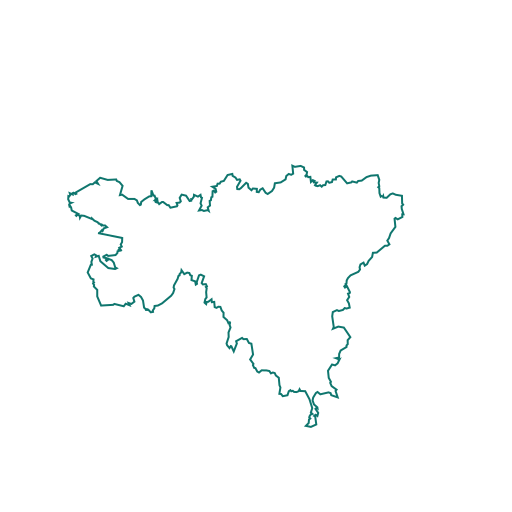 Ayutla, Jalisco, Mexico, rotated 230°
{"feature_id": "50627088B89309847194921", "entity_name": "Ayutla", "entity_type": "district", "adm_level": 2, "iso_a3": "MEX", "parent_name": "Mexico", "parent_adm1": "Jalisco", "projection": "mercator", "projection_center": [-104.414, 20.041], "detail": "fine", "context": "isolated", "style": "outline", "palette": "teal", "viewbox_px": 512, "rotation_deg": 230, "n_neighbors": 0, "source": "geoboundaries", "source_scale": "gbopen_adm2", "svg_char_len": 6149}
<svg xmlns="http://www.w3.org/2000/svg" viewBox="0 0 512 512"><g transform="rotate(230 256 256)"><path d="M310.4,115.2L310.3,116.7L302.5,122.4L303.2,125.5L299.5,127.5L301.9,128.2L299.4,129.7L299.2,133.5L302.7,135.0L303.0,136.7L301.8,141.0L298.5,141.6L294.5,140.8L288.4,137.1L286.4,137.3L285.3,138.3L285.0,137.5L283.8,139.0L280.5,139.2L279.4,141.2L280.6,141.9L281.3,144.5L282.9,146.2L281.1,149.0L280.1,153.6L280.1,165.5L280.9,168.7L283.1,172.3L284.8,172.6L286.2,174.3L288.9,181.3L290.6,183.8L290.3,185.0L291.2,185.7L291.6,188.2L293.0,189.8L288.2,189.4L287.5,192.6L285.8,194.0L283.5,193.3L282.1,194.1L279.0,191.1L275.7,193.1L272.8,191.5L272.6,192.9L274.1,193.8L277.8,199.9L277.2,201.7L273.8,203.2L270.2,197.0L268.4,197.0L266.7,199.5L264.3,198.9L264.5,197.7L263.0,197.5L260.4,194.6L256.0,191.5L255.6,189.5L253.4,186.6L251.2,186.9L252.5,188.7L251.6,190.0L251.4,194.1L249.0,192.5L247.7,194.5L243.4,191.5L241.7,192.4L241.3,194.6L239.9,196.0L236.3,194.7L233.4,194.7L230.2,191.9L225.3,192.6L222.3,191.7L222.1,193.3L221.5,193.2L220.2,191.5L217.6,190.5L215.1,185.8L211.5,183.0L207.9,177.2L206.2,176.5L202.5,176.5L203.2,178.8L202.7,179.1L197.2,177.6L201.3,185.1L203.5,186.0L202.2,192.7L200.4,192.9L198.3,195.6L193.9,194.7L191.8,196.1L182.4,190.4L180.5,185.0L175.0,184.7L174.4,183.5L171.4,182.7L170.5,183.5L166.7,182.7L164.8,183.4L164.8,186.8L161.7,190.4L159.3,192.3L156.5,192.0L155.9,194.0L154.3,195.1L151.7,194.4L148.1,195.2L141.9,190.9L139.6,190.2L135.4,185.3L134.1,186.5L131.4,186.4L129.1,190.6L131.3,194.2L131.1,196.1L129.7,196.1L129.1,197.5L127.4,197.8L125.7,199.6L125.0,201.8L125.9,203.7L124.0,203.3L120.8,206.8L111.9,204.9L103.3,201.3L100.8,197.4L98.8,197.7L99.4,196.0L98.9,194.2L98.2,193.1L96.6,193.1L96.7,191.5L94.2,189.0L93.8,185.0L89.8,188.2L88.2,193.9L95.0,198.2L96.1,197.8L96.0,199.7L94.0,200.2L95.8,202.8L100.7,203.3L100.7,205.0L99.8,205.2L100.6,205.7L105.0,205.0L109.0,206.5L110.8,208.8L112.5,213.8L112.3,215.7L108.7,216.4L104.9,223.9L103.0,225.0L101.0,224.2L95.2,227.7L101.5,230.2L101.8,231.8L107.7,230.3L111.1,231.3L111.4,232.5L115.9,233.4L121.8,237.4L124.0,244.5L121.4,246.3L121.3,249.5L122.9,253.1L123.0,252.4L124.2,252.8L126.3,251.6L124.8,254.4L127.5,256.7L129.2,260.1L128.1,266.8L129.3,267.9L129.5,269.6L132.6,272.1L133.2,276.1L144.7,277.3L149.0,273.7L150.8,268.2L151.6,269.9L160.8,275.6L163.7,278.8L162.5,283.2L160.6,284.1L158.8,287.9L159.1,290.5L157.6,291.5L156.2,294.6L160.0,296.7L163.6,297.4L164.7,301.1L168.0,302.3L167.4,303.9L167.9,304.7L174.2,306.2L174.6,303.9L176.0,304.1L176.1,306.4L176.9,306.6L176.7,307.5L179.0,309.8L180.0,312.3L180.4,316.0L178.1,324.2L178.8,327.0L180.8,328.1L182.4,330.6L181.8,334.1L178.7,333.1L178.4,335.9L179.9,339.2L180.6,344.3L183.3,347.6L181.0,350.7L181.0,361.3L179.4,363.3L179.2,365.7L183.4,366.5L184.2,369.4L186.8,373.7L188.7,381.5L195.5,386.1L195.5,387.3L193.0,388.1L191.8,393.2L193.9,394.8L193.1,395.8L198.3,397.9L200.6,399.5L200.7,401.7L202.4,401.8L208.3,406.5L213.1,402.4L216.0,401.0L216.9,398.6L216.6,393.5L218.8,391.2L220.2,392.0L219.9,391.3L221.4,390.6L221.4,389.7L224.8,391.0L228.8,394.1L230.1,393.9L230.2,395.3L233.1,396.9L235.1,399.4L239.7,401.2L243.7,395.7L245.4,391.4L245.8,385.4L247.8,382.5L247.4,380.4L251.3,377.6L251.1,376.4L253.1,372.5L262.1,372.4L263.8,371.3L264.8,367.9L263.3,366.4L265.3,363.9L263.8,361.7L265.0,359.2L267.0,359.1L267.8,357.9L265.8,354.7L267.1,352.9L266.9,350.9L269.0,350.6L269.9,348.1L271.5,346.9L272.3,346.7L273.1,349.8L275.2,347.6L276.1,347.9L276.1,349.0L277.6,348.3L277.4,345.7L281.7,348.5L282.8,346.7L284.6,346.7L284.8,345.3L285.6,345.3L285.9,347.2L287.5,349.1L291.0,348.2L292.9,349.7L296.3,348.1L299.3,343.1L301.8,341.9L295.2,337.4L295.6,335.2L297.8,333.8L297.8,330.6L295.7,327.9L296.5,322.2L299.6,317.2L296.7,313.8L295.5,310.0L296.0,304.8L298.2,304.0L303.6,304.6L304.1,301.9L303.1,299.1L304.6,297.8L306.9,299.8L309.7,297.0L309.3,294.8L313.2,294.2L316.5,296.1L318.4,295.5L317.7,288.0L317.9,286.1L319.3,284.7L321.2,285.9L323.6,292.5L325.2,292.8L326.5,290.4L329.3,290.7L332.4,289.6L334.1,290.6L336.3,286.3L334.2,279.6L335.5,276.8L334.8,274.6L336.1,273.1L334.8,271.0L337.1,267.1L333.4,268.2L330.8,266.9L330.9,265.6L333.2,265.7L333.5,264.4L329.4,260.7L329.7,259.5L327.7,257.3L328.0,255.9L324.2,253.2L324.3,250.3L321.0,248.8L322.2,248.5L324.0,245.0L326.0,244.1L327.5,241.6L329.5,246.7L332.0,247.4L335.3,252.0L336.3,251.6L338.5,252.8L338.8,249.7L342.7,247.8L341.4,246.6L340.6,243.4L341.2,242.9L340.0,241.9L340.8,240.5L347.2,241.2L350.8,238.5L349.6,234.9L346.2,233.5L346.0,231.8L347.7,229.3L345.3,228.4L344.9,227.4L348.0,221.5L351.1,221.8L352.0,220.7L357.0,219.6L357.8,218.7L358.0,215.2L359.4,215.4L361.8,213.8L362.5,214.0L360.9,215.6L362.8,216.7L363.8,215.0L364.0,216.9L364.9,216.2L367.5,217.1L368.2,216.3L373.5,218.1L369.1,214.2L370.3,212.5L371.1,207.0L371.2,202.8L369.4,200.8L369.6,199.8L372.7,199.6L375.1,200.5L377.8,199.6L381.9,194.7L389.0,192.9L390.1,190.9L395.5,198.9L400.3,198.9L403.0,197.6L404.5,198.1L409.6,191.3L416.1,186.9L416.0,181.9L412.8,181.4L416.0,179.9L415.9,177.1L417.6,175.2L420.6,158.3L419.2,158.3L419.4,157.5L421.8,156.8L422.0,155.9L420.9,155.1L423.8,153.7L422.2,153.0L421.7,151.2L422.5,150.8L420.2,148.6L416.7,147.7L415.4,148.8L415.9,147.0L415.4,145.8L413.8,145.0L413.8,145.8L412.1,145.6L409.3,144.1L402.5,146.9L402.9,144.2L402.2,144.2L402.3,145.9L400.1,146.8L398.5,145.8L399.4,148.1L397.2,150.2L389.8,154.1L390.2,154.5L386.9,154.9L383.7,156.4L382.3,156.4L382.4,155.7L381.6,156.9L378.8,157.3L379.1,158.1L377.8,158.3L376.4,160.0L373.8,160.4L375.0,157.1L373.8,154.6L374.8,154.6L374.2,150.6L375.1,149.7L355.8,165.1L352.7,162.3L351.8,159.8L349.5,159.2L350.2,156.6L346.2,156.2L349.2,155.8L349.1,154.9L347.7,155.0L348.6,153.0L347.4,151.7L347.0,149.0L351.1,142.8L352.9,142.4L353.7,138.7L352.9,138.2L349.6,140.6L349.4,138.4L348.3,138.4L348.2,140.4L349.2,140.8L345.6,142.8L342.4,142.8L337.7,140.8L336.2,141.4L336.6,139.7L341.7,135.1L352.0,133.4L357.2,135.6L358.4,132.8L359.1,134.0L361.2,133.2L361.9,129.8L359.1,129.2L357.3,126.1L354.9,124.7L355.5,123.9L351.6,116.5L345.0,115.1L342.5,116.5L340.7,114.7L339.9,114.9L339.6,113.5L337.9,113.4L336.9,112.2L332.1,112.6L327.1,108.4L317.6,105.5L310.4,115.2Z" fill="none" stroke="#0f766e" stroke-width="2"/></g></svg>